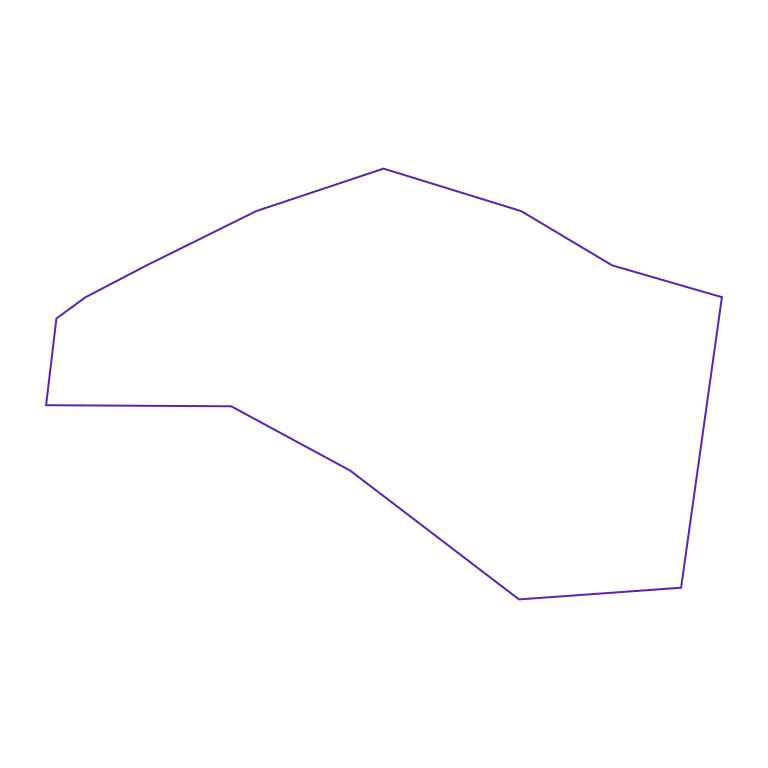 map outline of Central and Western (orthographic projection)
{"feature_id": "HKG-5153", "entity_name": "Central and Western", "entity_type": "state/province", "adm_level": 1, "iso_a3": "HKG", "parent_name": "Hong Kong S.A.R.", "parent_adm1": "", "projection": "orthographic", "projection_center": [114.135, 22.273], "detail": "fine", "context": "isolated", "style": "outline", "palette": "violet", "viewbox_px": 768, "rotation_deg": 0, "n_neighbors": 0, "source": "natural_earth", "source_scale": "10m", "svg_char_len": 291}
<svg xmlns="http://www.w3.org/2000/svg" viewBox="0 0 768 768"><path d="M46.1,405.2L56.4,318.5L85.4,297.3L146.5,265.4L256.2,211.1L383.5,168.6L521.1,211.1L612.2,265.4L721.9,297.2L681.1,587.7L519.0,599.4L350.3,470.7L231.2,406.3L46.1,405.2Z" fill="none" stroke="#5b21b6" stroke-width="2"/></svg>